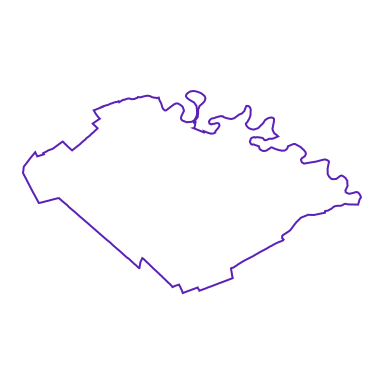 the district of Halaucesti, Iasi, Romania
{"feature_id": "2599482B62160059118691", "entity_name": "Halaucesti", "entity_type": "district", "adm_level": 2, "iso_a3": "ROU", "parent_name": "Romania", "parent_adm1": "Iasi", "projection": "robinson", "projection_center": [26.82, 47.1], "detail": "fine", "context": "isolated", "style": "outline", "palette": "violet", "viewbox_px": 384, "rotation_deg": 0, "n_neighbors": 0, "source": "geoboundaries", "source_scale": "gbopen_adm2", "svg_char_len": 5957}
<svg xmlns="http://www.w3.org/2000/svg" viewBox="0 0 384 384"><path d="M182.8,293.0L197.7,287.5L198.0,288.4L199.2,290.0L199.3,290.3L199.4,290.7L206.3,288.2L207.3,287.7L211.8,286.1L218.0,283.7L226.6,280.5L232.7,278.1L232.0,274.9L231.9,273.8L231.7,272.7L231.5,271.6L231.1,269.0L231.0,268.3L231.8,267.9L233.4,267.6L235.0,266.5L236.6,265.5L237.9,264.5L244.1,260.7L252.6,256.4L255.8,254.5L258.5,253.0L260.7,251.7L263.2,250.4L267.3,248.2L269.6,246.7L271.5,245.9L272.5,245.2L275.9,243.4L279.2,241.9L281.1,241.3L283.2,240.3L283.3,240.1L283.3,239.6L283.5,239.4L282.3,238.4L282.1,238.1L282.2,236.2L282.4,235.8L282.6,235.6L282.8,235.2L289.0,231.2L290.6,229.8L293.8,225.5L294.0,225.2L296.2,222.4L300.9,217.7L306.7,215.4L307.8,214.8L313.9,215.0L325.0,212.7L324.9,212.2L325.0,211.1L325.6,210.9L327.1,210.8L328.2,210.5L329.2,209.9L329.9,209.4L331.0,209.1L333.2,207.2L334.3,206.5L335.0,206.2L338.0,205.7L338.9,205.8L339.3,205.8L339.5,205.8L340.6,205.8L342.2,205.3L344.0,204.2L345.2,203.8L346.0,203.9L347.8,204.4L358.1,204.6L359.6,199.4L361.0,197.3L360.1,195.0L358.2,192.5L356.2,192.0L353.0,193.0L349.4,193.8L347.4,193.2L345.7,192.1L345.4,190.3L346.3,188.7L347.6,185.7L347.3,183.3L347.3,180.8L346.6,179.8L345.5,178.0L343.1,176.2L341.6,175.5L340.1,176.0L336.4,178.9L333.6,179.2L331.4,178.9L329.0,176.5L327.7,174.1L327.6,168.6L329.0,161.5L327.6,160.3L325.1,159.4L322.5,159.9L315.6,161.7L310.3,162.5L304.0,163.6L302.0,162.4L301.3,161.0L301.0,159.4L302.0,158.1L304.8,156.3L305.9,154.0L305.6,152.3L304.1,150.3L300.4,146.9L295.0,144.0L293.6,144.0L287.9,146.3L287.9,146.7L287.5,148.0L287.0,148.8L285.5,150.1L284.6,150.5L284.0,150.6L282.0,150.7L279.1,150.1L276.6,149.4L273.9,148.4L272.4,147.6L271.7,147.4L271.3,147.4L270.7,147.6L269.6,148.6L268.7,149.0L266.9,150.3L265.9,150.7L264.2,151.0L263.6,151.0L262.6,150.8L261.7,150.4L260.5,149.7L259.5,148.7L258.9,146.3L258.7,146.2L255.3,145.1L254.7,144.8L254.3,144.6L253.9,144.5L253.5,144.4L252.5,144.7L251.1,144.1L251.0,143.9L250.0,142.1L249.9,141.5L250.5,140.0L250.7,139.1L251.2,138.3L251.7,137.9L252.4,137.6L253.6,137.3L254.0,137.1L254.8,137.2L255.1,137.5L255.3,137.6L256.7,137.2L257.9,137.2L258.2,137.3L258.8,137.3L259.8,137.5L261.9,137.8L262.8,138.2L263.3,138.5L263.8,139.4L264.5,140.1L265.2,140.2L267.1,139.8L267.8,139.5L268.5,139.0L269.0,138.8L269.9,138.7L270.9,138.8L273.0,138.6L278.1,136.4L276.4,134.8L274.2,133.2L273.1,131.0L272.4,129.0L273.9,121.7L274.0,118.9L272.9,117.8L270.6,117.5L267.6,118.4L265.0,120.2L263.3,123.0L258.1,128.2L253.7,129.6L251.1,129.1L249.2,128.3L248.1,127.6L247.3,126.7L246.3,125.4L245.8,123.9L246.2,123.1L247.1,122.4L249.3,118.6L250.5,115.3L250.7,109.5L250.0,107.3L248.4,106.0L246.4,105.9L245.5,107.9L244.4,110.9L241.9,113.5L239.2,114.5L234.3,118.2L231.5,119.0L229.1,118.7L226.5,118.1L223.6,117.1L222.7,116.2L221.9,116.4L220.5,116.1L215.6,117.5L214.0,118.2L213.2,118.3L212.4,118.3L211.8,118.5L210.7,119.2L209.9,120.0L209.4,120.8L209.1,121.2L209.0,121.4L209.0,121.9L209.5,123.2L209.5,123.6L210.4,124.0L210.5,124.1L211.4,124.4L211.8,124.3L212.2,124.0L212.9,123.9L213.6,123.9L214.0,123.9L215.8,123.3L217.0,123.1L218.2,123.2L218.9,123.7L219.4,125.0L219.5,125.3L219.3,125.9L219.1,126.4L218.4,127.7L217.6,128.8L216.8,129.5L216.3,130.3L215.6,131.0L215.4,131.4L215.3,132.5L214.0,133.2L212.7,133.6L210.6,133.6L208.0,132.8L204.2,131.3L204.5,131.9L204.1,132.5L198.6,130.2L193.4,128.1L194.3,127.9L194.4,127.7L195.0,125.6L195.2,123.9L195.2,123.5L195.4,123.0L195.4,122.5L195.5,122.4L195.5,122.2L194.0,122.6L194.0,122.0L196.9,118.1L197.6,117.4L197.7,117.0L197.8,116.7L197.8,115.8L197.9,115.1L198.1,113.8L198.2,108.9L198.8,108.3L199.5,106.0L201.3,104.5L203.8,102.2L204.8,100.6L205.4,98.7L205.1,97.1L204.5,96.0L203.3,94.9L200.9,93.1L197.9,91.9L194.7,91.1L193.4,91.0L190.5,91.4L187.7,93.0L186.3,94.6L185.9,96.2L186.9,97.8L189.7,100.0L194.1,102.5L196.4,105.8L196.9,109.0L197.1,112.9L196.7,115.9L194.6,120.0L191.8,121.8L186.6,122.2L182.1,120.4L181.0,118.7L181.0,118.0L181.3,116.3L184.0,110.8L182.9,107.3L181.7,105.8L178.3,103.6L176.2,103.4L174.1,104.3L166.0,110.4L164.7,110.4L163.5,109.3L162.4,107.6L161.2,103.4L159.3,99.8L158.8,97.6L157.8,97.8L157.1,98.1L156.8,98.1L156.6,97.9L153.9,97.6L152.5,97.3L149.9,96.1L149.3,96.0L147.7,95.7L146.6,95.8L145.0,96.1L142.5,96.7L141.5,97.1L140.6,97.3L137.8,97.1L137.3,97.9L136.1,98.2L134.4,99.0L132.7,99.1L130.9,99.1L130.5,98.9L129.9,98.6L128.7,98.5L127.5,98.7L126.2,99.0L125.7,99.3L124.4,99.8L123.6,99.7L122.9,100.1L122.1,100.3L121.2,101.0L120.5,101.5L119.6,101.5L119.1,102.1L118.6,101.2L116.8,102.0L115.8,102.0L113.1,102.8L112.7,103.1L110.2,103.8L108.1,104.9L105.9,105.4L103.7,106.2L102.9,106.7L102.8,106.4L101.6,107.0L100.9,107.3L101.0,107.5L95.9,109.5L95.2,109.9L94.3,110.1L94.2,110.3L93.8,110.4L95.5,113.4L96.6,115.0L98.4,117.2L99.8,118.7L92.7,123.6L96.0,126.7L96.6,127.4L97.6,128.2L97.6,128.4L95.0,130.7L94.0,131.8L91.6,133.8L89.5,135.9L86.5,138.1L86.2,138.4L85.7,139.2L82.0,142.2L80.1,144.1L72.1,150.4L68.5,147.2L65.7,144.5L62.8,141.6L62.5,141.6L53.4,148.3L52.2,149.0L48.4,150.3L46.7,151.4L45.4,152.0L43.1,153.2L43.9,154.3L37.3,156.4L36.4,154.6L35.2,152.2L29.6,159.1L25.7,164.3L24.1,166.2L23.9,166.7L23.7,167.2L23.3,171.1L23.0,172.5L23.0,172.8L23.1,173.2L24.9,176.6L33.0,192.3L34.3,194.5L38.8,203.0L40.5,202.7L47.5,200.9L49.7,200.4L50.1,200.2L57.2,198.4L58.9,198.1L63.0,201.7L67.0,205.0L68.0,206.0L69.0,207.1L75.2,212.3L80.3,216.9L82.4,218.6L84.0,220.0L88.9,224.2L90.3,225.5L106.6,239.7L109.9,242.3L110.9,243.2L112.9,245.2L121.2,252.3L122.1,253.2L125.9,256.6L127.4,257.9L128.6,258.5L129.4,259.3L134.4,264.0L135.6,264.9L138.0,267.2L139.1,268.1L139.4,268.1L140.5,261.8L141.1,260.8L142.3,258.1L142.8,258.4L144.4,259.7L145.2,260.5L146.3,261.7L147.1,262.4L149.2,264.3L150.7,265.9L151.3,266.4L153.9,269.0L155.2,270.1L159.5,274.1L160.4,275.1L161.5,275.9L163.0,277.6L164.7,279.1L168.5,282.9L169.6,283.7L170.7,284.9L171.5,285.7L172.5,287.1L174.0,286.4L175.7,285.7L179.0,284.6L180.1,286.7L181.4,289.5L181.7,290.0L182.2,291.3L182.8,293.0Z" fill="none" stroke="#5b21b6" stroke-width="2"/></svg>